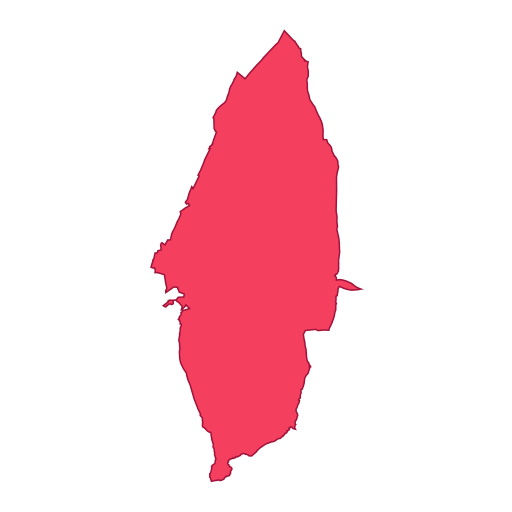 outline of "Nedre Eiker" nor, Buskerud, Norway
{"feature_id": "86288312B66874291334067", "entity_name": "\"Nedre Eiker\" nor", "entity_type": "district", "adm_level": 2, "iso_a3": "NOR", "parent_name": "Norway", "parent_adm1": "Buskerud", "projection": "mercator", "projection_center": [10.023, 59.763], "detail": "fine", "context": "isolated", "style": "filled", "palette": "rose", "viewbox_px": 512, "rotation_deg": 0, "n_neighbors": 0, "source": "geoboundaries", "source_scale": "gbopen_adm2", "svg_char_len": 6078}
<svg xmlns="http://www.w3.org/2000/svg" viewBox="0 0 512 512"><path d="M284.3,30.7L278.0,42.8L275.9,44.5L263.6,57.5L261.0,60.8L257.2,64.6L248.8,74.1L245.1,78.8L237.3,72.3L236.1,76.4L234.1,79.4L233.5,81.4L232.7,82.6L231.8,84.7L231.0,85.6L229.6,89.0L228.9,92.7L227.4,96.4L226.7,99.1L226.3,100.1L224.9,102.4L221.0,105.5L218.0,108.3L216.6,110.1L216.1,110.8L216.0,112.0L213.1,117.7L213.9,119.0L214.1,128.7L215.1,130.0L215.0,130.8L216.3,131.8L216.2,132.7L213.2,141.1L212.5,143.9L212.4,144.5L212.0,144.3L211.8,144.9L211.4,145.4L209.7,146.5L209.9,147.3L208.9,148.7L210.0,148.7L209.9,149.2L204.9,159.3L203.2,164.0L200.7,170.0L198.0,175.2L199.1,176.0L193.0,188.7L192.3,188.0L192.4,187.3L191.7,186.7L191.3,188.2L190.3,190.3L189.0,193.7L187.4,199.6L185.6,201.8L185.4,202.5L186.6,204.1L188.2,203.4L189.5,205.5L185.4,207.9L180.2,211.7L180.5,212.5L180.8,214.5L180.3,215.3L178.8,219.0L177.3,221.5L175.1,227.0L173.6,230.1L172.5,231.9L172.0,233.5L171.7,233.8L170.8,238.4L170.3,239.7L170.2,240.0L167.8,239.9L164.9,244.9L162.2,242.8L161.3,243.1L160.6,245.3L161.0,247.4L161.0,250.0L157.9,250.7L157.4,252.6L154.9,253.2L155.1,253.8L154.5,255.5L154.1,257.9L152.8,260.4L153.1,260.5L152.5,262.7L152.3,262.7L151.0,267.2L152.4,267.9L154.6,268.0L154.7,268.9L155.1,269.2L155.3,270.8L155.0,272.6L157.9,272.7L164.4,274.7L165.8,283.6L166.5,286.4L166.8,288.2L166.7,288.7L165.7,290.6L165.8,292.6L173.8,287.0L177.6,287.3L177.8,288.7L178.7,290.6L179.2,292.1L184.3,294.0L183.8,297.0L178.2,297.3L176.3,299.8L175.9,300.0L171.7,300.3L170.0,300.1L168.3,300.6L168.0,301.3L168.2,301.8L163.2,305.7L165.0,306.8L165.9,306.9L168.3,304.6L169.3,304.1L170.6,304.0L171.4,304.6L173.1,303.9L173.4,303.1L173.1,301.4L173.2,300.7L174.0,300.3L175.7,300.2L176.3,300.4L177.3,301.7L178.6,302.3L181.9,306.0L182.1,307.3L181.3,309.9L182.2,309.8L183.1,308.3L185.3,306.3L185.9,304.9L189.5,308.6L182.9,310.6L181.7,312.1L181.0,312.5L181.0,313.1L181.3,313.8L181.1,314.8L179.7,316.3L179.0,318.2L179.2,318.3L178.3,319.5L179.5,320.3L179.5,320.9L180.1,321.6L180.2,322.0L180.2,323.1L180.1,323.9L181.0,323.9L181.4,324.6L181.4,325.2L180.3,327.7L180.1,329.0L180.3,329.5L180.1,331.6L179.5,333.7L179.8,334.9L179.6,334.9L179.6,335.3L178.8,340.3L179.6,343.5L179.6,346.3L180.0,348.6L179.5,350.5L179.4,352.6L179.7,358.1L180.4,362.0L181.1,363.9L183.5,368.8L186.4,373.1L186.7,375.3L188.1,380.3L190.1,384.8L194.1,398.8L198.3,409.6L200.0,412.9L200.4,414.6L200.2,415.6L201.0,416.2L201.3,416.8L202.4,418.0L202.3,420.1L202.8,422.1L202.6,422.2L202.4,425.8L202.8,426.9L203.4,427.4L204.1,427.5L207.3,430.9L208.9,432.0L210.7,432.4L211.0,433.1L211.0,434.2L211.9,440.0L212.4,441.2L212.7,442.7L213.3,443.7L213.1,447.1L213.3,447.8L213.9,448.3L214.2,448.9L214.2,450.7L214.6,452.6L214.6,454.7L215.5,457.9L216.0,458.9L215.3,460.4L215.1,462.8L214.6,463.7L212.0,465.6L211.7,466.2L211.6,466.8L211.7,468.5L211.3,469.9L211.2,470.9L210.6,472.9L209.7,473.8L209.7,475.1L210.0,475.8L209.7,476.4L209.7,477.0L210.5,478.2L211.4,481.3L215.8,480.4L217.1,480.4L218.7,479.8L219.5,480.5L221.4,480.3L223.9,479.1L224.8,477.4L226.1,476.8L226.3,476.2L227.4,476.2L229.6,475.5L229.5,474.4L230.5,473.6L230.4,473.2L230.6,472.6L230.4,471.7L231.8,469.5L231.9,468.4L231.1,467.3L229.9,466.7L229.7,466.2L229.2,466.1L229.1,465.2L227.8,464.0L227.7,462.8L228.5,461.8L228.3,461.6L228.4,460.5L230.1,459.3L232.1,458.5L232.6,458.5L232.9,457.9L233.5,458.2L234.2,458.2L235.3,457.6L235.5,457.1L235.7,457.3L236.1,456.9L237.8,456.8L237.9,456.4L238.3,456.4L240.2,455.5L240.7,454.5L241.3,454.5L243.1,453.3L244.5,453.7L245.2,454.3L245.6,454.1L247.6,454.7L249.1,455.9L251.7,455.9L256.4,451.8L256.6,451.3L259.5,448.3L265.4,444.2L271.4,441.9L273.7,441.5L275.6,440.6L276.2,439.9L278.3,438.7L280.3,438.4L281.6,437.0L283.0,436.3L283.1,435.7L284.1,435.0L284.1,434.6L284.6,434.3L285.1,433.4L285.8,433.4L286.0,433.0L286.5,432.8L287.4,431.6L287.1,430.7L287.9,430.6L289.1,429.8L289.6,429.1L289.6,428.8L289.0,428.3L289.5,427.4L290.1,427.5L290.8,427.0L291.8,427.0L292.4,428.0L293.3,428.6L295.4,429.2L294.6,427.7L295.1,425.2L295.8,424.6L295.1,423.4L295.1,422.2L295.4,421.0L296.5,419.6L297.2,416.6L297.7,415.5L297.4,413.8L296.2,411.5L296.0,409.8L296.1,409.2L297.1,407.2L298.0,404.4L299.0,402.8L299.5,400.4L298.6,400.0L299.2,398.7L300.3,398.0L300.4,397.6L300.2,395.5L300.6,394.5L301.1,392.6L300.9,389.8L302.2,389.2L303.6,385.2L304.1,383.2L304.8,377.8L306.2,375.4L308.0,373.4L309.8,367.8L309.3,367.4L309.3,367.1L309.8,366.7L310.6,366.8L310.6,366.3L310.3,365.9L310.1,366.2L309.6,366.1L309.6,365.6L308.9,363.4L308.6,363.4L308.6,362.8L307.1,360.6L306.6,357.3L306.0,349.4L305.0,345.3L304.9,343.1L304.5,340.8L304.0,338.9L303.4,334.2L305.4,330.5L315.4,329.4L318.2,330.6L324.0,330.0L328.9,330.2L328.8,329.5L332.2,322.3L332.2,321.5L332.6,321.0L333.7,318.0L334.4,315.2L335.1,311.3L335.7,310.2L335.9,303.8L336.4,303.7L335.7,301.8L336.0,300.0L336.0,296.5L336.5,295.8L337.2,295.7L338.0,290.2L338.0,288.9L339.3,286.4L344.3,288.5L347.3,289.4L350.3,290.0L352.6,290.1L357.6,289.7L361.0,289.1L358.4,288.1L355.4,286.5L351.5,283.4L346.6,281.2L342.7,280.0L339.8,279.6L336.4,280.1L336.4,278.4L336.2,277.5L335.7,276.5L335.3,276.4L335.1,276.0L335.3,275.6L334.8,275.1L335.1,274.7L337.0,273.9L338.5,270.8L338.5,268.8L338.8,268.0L338.5,266.7L338.7,263.7L338.5,261.0L339.7,251.6L339.5,249.7L339.3,243.2L338.8,238.1L336.7,228.8L337.5,226.8L336.9,221.9L337.0,216.8L336.1,210.8L336.6,191.5L336.5,177.1L337.1,173.1L338.6,166.9L337.8,163.9L337.9,162.5L337.7,160.9L336.4,158.4L335.3,156.7L334.5,156.2L332.4,152.0L331.8,151.3L332.0,150.5L331.6,148.3L331.3,147.4L330.3,145.7L327.8,143.0L326.7,139.6L323.3,139.6L323.0,136.3L323.1,130.2L322.4,125.1L321.7,122.2L320.0,118.3L317.6,113.8L314.6,106.5L313.3,105.0L311.3,101.9L310.1,100.1L309.6,98.7L309.0,95.5L307.7,91.4L307.4,89.5L307.2,86.6L307.4,84.6L306.8,80.1L307.1,78.7L308.2,76.3L308.3,71.6L308.0,69.7L307.4,67.1L308.1,61.7L306.2,61.2L305.4,60.4L304.9,60.9L304.5,60.7L304.3,59.5L301.5,56.5L301.3,52.9L300.9,52.3L301.0,51.5L300.6,50.1L300.8,49.4L300.6,48.6L299.3,48.2L298.6,47.7L298.5,46.6L297.4,45.4L296.5,44.0L296.4,43.5L295.5,42.7L295.0,41.4L292.8,39.8L284.3,30.7Z" fill="#f43f5e" stroke="#9f1239" stroke-width="1.5"/></svg>